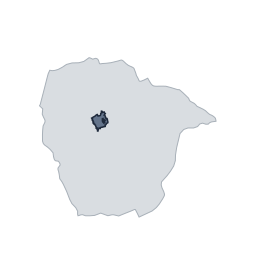 Shurugwi, Midlands, Zimbabwe shown in context, rotated 155°
{"feature_id": "62879985B74735389049647", "entity_name": "Shurugwi", "entity_type": "district", "adm_level": 2, "iso_a3": "ZWE", "parent_name": "Zimbabwe", "parent_adm1": "Midlands", "projection": "natural_earth1", "projection_center": [30.229, -19.744], "detail": "fine", "context": "in_parent", "style": "filled", "palette": "slate", "viewbox_px": 256, "rotation_deg": 155, "n_neighbors": 0, "source": "geoboundaries", "source_scale": "gbopen_adm2", "svg_char_len": 4953}
<svg xmlns="http://www.w3.org/2000/svg" viewBox="0 0 256 256"><g transform="rotate(155 128 128)"><path d="M174.5,213.4L172.5,212.0L169.9,211.1L166.6,210.6L162.2,210.8L156.9,211.6L151.2,210.6L145.0,207.9L139.9,207.0L133.9,208.1L133.6,208.2L132.5,207.3L130.9,205.3L128.1,204.9L127.4,204.5L126.7,203.7L126.3,202.8L126.2,201.7L126.6,198.5L126.4,198.1L125.6,197.7L124.1,197.3L120.5,195.9L115.9,194.4L108.4,192.9L105.5,192.5L104.8,192.0L104.0,190.8L102.5,187.0L101.2,184.6L98.0,180.8L97.4,179.6L97.6,176.6L97.8,174.1L98.2,172.0L98.0,170.1L97.9,167.7L98.0,166.1L97.6,165.4L96.4,164.9L93.1,164.7L89.1,164.8L88.9,162.3L88.5,158.5L87.8,156.3L86.9,155.2L85.0,154.0L81.3,152.4L76.1,149.9L71.8,146.3L66.8,141.8L65.2,141.0L63.3,136.7L60.5,129.4L60.6,127.0L60.2,125.8L57.5,122.2L56.8,120.4L56.3,118.5L52.0,113.3L50.5,111.0L49.3,108.0L48.2,105.7L47.2,104.7L46.0,103.1L45.1,101.3L44.7,100.0L45.0,98.1L45.4,96.9L49.6,98.2L51.8,98.3L53.6,97.6L55.8,98.5L58.4,100.9L61.3,101.3L64.3,99.9L68.5,100.3L73.7,102.7L78.1,103.1L83.2,101.0L87.8,95.2L92.1,89.8L96.4,83.4L98.9,78.4L102.7,74.2L107.6,71.0L112.7,68.3L120.4,65.0L122.0,62.3L122.5,59.3L122.5,55.2L122.9,52.5L123.7,51.3L125.0,50.3L126.6,49.1L131.7,45.9L136.0,43.9L141.2,42.6L146.9,42.6L152.4,42.6L155.6,42.6L155.6,46.5L155.8,51.0L156.5,51.4L160.6,51.5L167.2,51.9L173.6,52.2L177.7,55.4L179.1,56.1L183.3,57.0L188.7,62.4L195.2,62.9L199.7,64.6L203.7,66.5L205.9,68.7L207.4,69.2L209.4,69.4L210.4,69.6L210.1,71.2L208.8,73.9L209.0,77.8L210.8,83.2L211.0,87.9L210.4,96.2L210.4,104.2L210.6,107.1L210.9,109.0L211.2,110.0L211.2,111.2L210.1,114.5L209.2,118.1L209.1,119.5L208.8,120.5L208.2,121.4L205.3,123.0L204.8,124.0L204.8,125.9L205.2,127.4L206.2,128.0L207.5,128.9L208.0,130.0L208.0,131.2L207.6,133.5L206.4,137.2L207.6,141.5L208.8,144.3L210.6,147.5L211.3,149.5L211.2,150.9L211.0,152.3L208.3,158.2L206.4,161.8L204.1,165.7L201.0,168.2L200.2,169.4L199.9,170.7L200.0,173.6L199.9,176.7L197.2,181.4L198.8,185.5L198.5,185.8L197.6,186.4L193.8,191.0L190.0,195.6L187.2,199.0L184.1,202.8L180.5,207.2L177.5,210.8L174.5,213.4Z" fill="#d9dde1" stroke="#a8b0b8" stroke-width="1"/><path d="M150.4,139.4L150.2,139.6L149.7,139.5L149.3,139.5L149.0,139.3L148.9,139.2L148.6,139.1L148.0,139.0L147.8,139.7L147.5,140.4L147.0,140.2L146.6,140.4L146.1,140.7L145.8,141.2L145.6,141.2L145.1,141.2L144.0,141.3L143.9,141.5L143.8,141.8L143.7,142.0L143.4,142.8L143.5,143.5L143.3,144.1L143.2,144.2L143.2,144.4L143.3,144.7L143.0,144.8L143.0,145.0L143.2,145.3L143.1,145.5L143.3,145.6L143.5,145.6L143.5,145.8L143.6,146.0L143.8,146.0L144.0,146.3L144.0,146.5L143.9,146.7L143.9,146.8L144.0,146.9L143.9,147.0L143.8,147.3L143.7,147.3L143.7,147.5L143.8,147.5L143.8,147.8L143.7,148.1L143.7,148.3L143.6,148.5L143.7,148.8L143.7,149.1L143.6,149.3L143.6,149.6L143.6,149.8L143.7,150.0L143.8,150.0L143.6,150.2L142.5,150.7L142.8,151.3L142.8,151.5L142.8,152.0L142.8,152.3L142.8,152.6L143.0,152.7L143.4,152.7L143.6,152.7L143.8,152.7L144.2,152.8L144.4,152.8L144.4,154.1L144.7,154.4L145.0,154.5L145.8,152.9L146.6,152.7L146.7,152.3L146.8,152.1L147.1,151.7L147.8,151.1L148.1,151.0L148.7,151.2L149.0,151.2L149.6,151.4L150.1,151.6L150.2,151.8L150.0,152.0L150.1,152.3L150.1,152.5L150.1,152.8L150.1,153.0L150.2,153.3L151.8,153.1L152.2,152.9L152.4,152.8L153.1,152.7L153.9,152.6L154.0,152.6L154.7,152.6L156.3,152.4L156.2,152.3L156.3,151.7L156.2,151.7L156.2,151.4L156.2,151.2L156.3,151.1L156.5,151.1L156.7,150.9L156.8,151.0L156.8,150.9L156.8,150.7L157.0,150.4L157.1,150.2L156.9,150.0L156.9,149.9L156.7,149.7L156.8,149.6L156.7,149.4L156.8,149.3L156.9,149.2L156.8,148.9L156.9,148.7L156.8,148.4L157.0,148.5L157.1,148.4L157.1,148.2L157.3,148.0L157.3,147.8L157.3,147.7L157.3,147.4L157.3,147.2L157.4,146.9L157.5,146.8L157.4,146.7L157.3,146.4L157.3,146.5L157.2,146.4L157.3,146.4L157.3,146.2L157.2,146.2L157.0,145.9L156.9,145.8L156.9,145.7L156.8,145.4L156.8,145.2L156.7,145.0L156.6,144.9L156.6,144.7L156.4,144.5L156.5,144.4L156.5,144.2L156.5,143.9L156.5,143.7L156.4,143.6L156.5,143.4L156.5,143.2L156.5,142.9L156.4,142.7L156.4,142.4L156.4,142.1L156.5,141.9L156.4,141.9L156.4,141.7L156.3,141.4L156.2,141.3L156.3,141.3L156.2,141.2L156.2,140.9L156.3,140.9L156.2,140.8L156.3,140.7L156.5,140.6L156.6,140.3L156.5,140.2L156.4,140.1L156.5,140.0L156.5,139.9L156.4,139.8L156.5,139.6L156.5,139.4L156.6,139.0L156.6,138.9L156.6,138.7L156.8,138.3L156.7,138.2L156.8,138.1L156.6,137.9L155.8,138.8L155.1,139.4L154.3,140.0L153.9,140.1L153.3,139.3L152.5,140.0L152.4,140.0L152.1,140.0L151.5,139.8L150.4,139.4ZM145.5,144.6L146.0,144.6L146.3,144.0L146.4,143.8L146.4,143.7L147.1,142.9L147.0,142.7L147.8,142.6L147.7,143.6L147.9,143.6L147.9,143.8L147.7,144.4L147.4,144.6L147.6,144.6L147.7,144.8L147.8,144.9L148.1,145.1L148.3,144.9L148.3,145.1L148.2,145.3L148.1,145.5L147.9,145.7L147.8,145.8L147.7,146.0L147.7,146.3L147.4,147.2L147.1,147.2L147.3,146.9L147.1,146.9L147.0,147.2L146.6,147.2L146.6,146.0L146.4,145.9L146.3,145.6L146.1,145.6L146.1,144.9L145.5,144.9L145.5,144.6Z" fill="#64748b" stroke="#1e293b" stroke-width="1.5"/></g></svg>